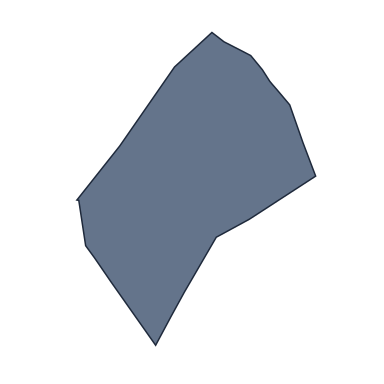 San Pedro Yucunama, Oaxaca, Mexico (Natural Earth projection), rotated 217°
{"feature_id": "50627088B3307078777507", "entity_name": "San Pedro Yucunama", "entity_type": "district", "adm_level": 2, "iso_a3": "MEX", "parent_name": "Mexico", "parent_adm1": "Oaxaca", "projection": "natural_earth1", "projection_center": [-97.48, 17.58], "detail": "fine", "context": "isolated", "style": "filled", "palette": "slate", "viewbox_px": 384, "rotation_deg": 217, "n_neighbors": 0, "source": "geoboundaries", "source_scale": "gbopen_adm2", "svg_char_len": 454}
<svg xmlns="http://www.w3.org/2000/svg" viewBox="0 0 384 384"><g transform="rotate(217 192 192)"><path d="M279.1,116.3L277.4,117.2L244.6,85.1L230.4,80.8L202.7,71.5L128.8,47.7L133.8,79.8L137.8,107.2L145.4,170.5L129.8,204.8L102.8,279.1L133.1,298.2L166.4,320.4L184.3,324.5L193.1,326.4L196.5,327.2L209.4,332.0L227.2,336.3L233.2,335.3L256.9,331.2L272.1,331.4L281.2,281.4L277.4,185.3L279.1,116.3Z" fill="#64748b" stroke="#1e293b" stroke-width="1.5"/></g></svg>